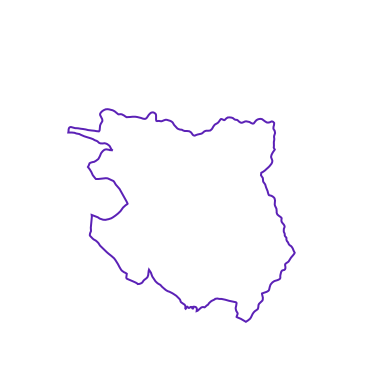 Meo Vac, Hà Giang, Vietnam, rotated 316°
{"feature_id": "81297802B2489932619372", "entity_name": "Meo Vac", "entity_type": "district", "adm_level": 2, "iso_a3": "VNM", "parent_name": "Vietnam", "parent_adm1": "Hà Giang", "projection": "albers", "projection_center": [105.434, 23.152], "detail": "fine", "context": "isolated", "style": "outline", "palette": "violet", "viewbox_px": 384, "rotation_deg": 316, "n_neighbors": 0, "source": "geoboundaries", "source_scale": "gbopen_adm2", "svg_char_len": 6062}
<svg xmlns="http://www.w3.org/2000/svg" viewBox="0 0 384 384"><g transform="rotate(316 192 192)"><path d="M281.0,219.0L281.6,216.9L282.9,215.8L285.6,212.9L287.4,211.6L288.3,210.7L289.1,209.6L289.9,208.8L292.7,207.3L293.4,206.3L294.1,205.1L294.3,203.6L294.8,202.7L296.1,201.6L297.2,201.0L298.5,200.0L299.1,199.3L299.1,197.9L298.7,197.0L298.2,196.5L296.2,195.8L294.9,194.9L294.1,193.9L293.6,192.0L293.0,188.3L292.2,187.1L291.1,186.2L289.8,185.5L288.3,185.1L286.5,185.2L284.5,185.5L283.9,185.5L283.1,184.9L282.4,183.3L282.0,181.6L280.0,178.7L278.9,178.0L277.4,177.5L276.1,176.9L275.4,176.2L275.1,175.6L274.7,173.8L274.7,172.4L274.5,171.5L273.3,170.0L273.0,169.2L272.8,167.4L272.2,166.1L271.1,164.7L269.6,163.3L268.0,162.9L265.6,162.9L265.0,162.6L264.0,160.1L263.4,159.6L262.8,159.6L260.2,160.1L258.7,160.2L257.2,159.9L255.8,159.5L255.0,159.4L253.0,159.7L250.3,160.5L248.4,160.5L247.8,160.4L246.2,159.2L244.8,157.8L243.1,157.0L241.3,156.9L240.0,156.8L239.0,156.4L235.9,154.5L234.4,153.8L233.2,153.4L232.8,153.0L232.4,152.1L232.3,151.4L232.7,148.8L232.6,147.8L232.2,146.4L230.9,144.8L229.1,143.0L228.4,141.7L227.9,140.1L226.7,138.7L225.9,137.1L225.6,136.1L225.7,131.4L226.4,128.5L226.2,127.0L225.7,125.6L223.9,122.4L223.0,121.6L221.3,120.8L220.2,120.4L219.2,119.9L218.6,119.3L217.6,117.9L216.1,116.7L215.8,116.1L215.9,115.8L216.5,114.9L219.3,112.0L220.0,111.0L220.0,109.3L219.6,108.1L218.7,107.1L217.5,106.5L216.1,106.4L214.4,106.5L211.2,107.2L210.1,107.2L209.2,106.9L208.6,106.4L207.7,105.2L206.7,103.2L204.6,99.9L203.5,98.5L201.8,96.8L199.4,94.9L196.9,92.7L196.5,91.2L196.3,89.9L195.5,87.5L194.9,86.6L193.9,85.8L193.0,85.0L192.9,84.5L192.4,80.2L191.7,78.1L189.7,74.9L188.8,73.8L187.4,72.6L185.6,71.9L183.8,71.5L181.9,71.5L180.5,71.8L179.8,72.3L179.3,73.0L178.0,77.2L177.2,78.3L176.6,78.8L173.7,79.6L172.1,80.3L168.6,83.3L168.0,83.6L167.1,83.7L165.5,81.8L164.3,80.1L162.5,78.0L160.3,75.3L159.0,73.2L157.3,70.9L155.9,69.2L154.2,66.9L152.3,64.9L150.2,61.4L149.6,60.8L148.7,60.5L147.9,60.6L146.8,61.2L145.4,62.5L144.3,63.3L147.0,65.9L148.6,67.8L149.4,69.5L151.2,72.0L151.7,73.5L153.2,77.1L154.6,79.7L156.5,83.1L157.5,85.2L158.0,87.1L158.9,89.0L159.2,89.9L159.3,92.1L159.9,93.4L161.3,94.9L163.0,96.2L163.8,97.5L164.3,98.7L164.6,100.6L164.7,101.4L164.5,102.5L163.7,105.0L163.7,106.1L163.8,107.0L162.9,105.7L162.0,104.8L161.6,104.0L160.1,101.9L159.3,101.3L158.3,100.8L156.3,100.6L154.4,100.8L153.4,101.0L150.7,102.2L148.9,102.8L147.5,103.2L144.4,102.8L142.5,102.3L141.7,101.7L139.9,100.7L138.8,100.3L138.2,100.2L135.9,101.3L134.5,101.7L134.2,104.5L133.5,107.6L132.3,111.0L131.9,115.0L131.9,115.9L133.8,117.7L139.6,122.2L140.8,123.6L143.1,129.5L143.1,130.2L142.9,131.3L142.3,133.7L142.0,139.5L138.3,153.5L137.6,155.6L137.2,155.8L135.0,155.4L131.6,155.3L127.2,156.1L123.9,156.1L120.7,155.8L117.6,155.3L115.6,154.8L113.1,153.6L112.2,153.0L110.5,152.0L108.8,150.2L107.1,146.9L106.7,144.8L103.9,138.8L102.8,140.2L94.4,147.4L92.5,149.6L92.1,150.0L90.0,150.9L88.8,151.8L88.4,152.2L88.2,153.0L88.2,156.7L88.4,158.1L89.0,160.0L89.2,161.9L89.2,163.8L88.6,166.7L88.9,176.0L89.1,178.3L89.6,182.0L89.9,185.6L89.6,187.9L88.7,192.2L87.6,196.0L87.0,198.6L86.9,199.8L87.3,202.2L88.0,204.1L88.3,205.5L85.3,207.9L84.9,208.7L85.0,209.4L87.4,215.1L88.6,218.1L89.1,220.0L89.0,220.5L90.3,221.6L91.7,222.2L92.6,222.5L93.8,222.5L95.5,222.1L96.8,222.1L99.4,222.4L100.9,222.3L102.7,221.4L106.1,218.6L107.1,218.0L106.4,221.5L105.2,224.1L104.7,225.3L103.7,230.9L103.8,233.4L104.1,234.9L104.5,236.1L104.7,237.1L104.6,239.4L105.0,244.0L105.3,245.3L105.8,246.8L106.5,248.1L107.6,251.3L108.2,253.9L108.6,255.8L108.7,260.0L108.6,261.0L108.4,261.7L107.9,262.5L107.6,263.4L107.6,264.1L107.9,265.3L108.1,266.7L108.4,267.6L108.3,268.5L108.1,269.2L107.7,269.8L107.2,270.4L106.6,270.8L106.3,271.1L106.3,271.6L107.3,271.5L107.9,271.1L108.4,271.0L108.8,271.1L109.0,271.3L109.0,272.8L109.1,273.1L109.8,273.6L110.5,273.6L111.1,273.7L111.5,274.0L111.7,274.3L111.7,274.8L111.4,276.0L111.5,276.3L111.7,276.5L112.2,276.4L112.6,275.6L112.9,275.3L113.3,275.5L114.0,276.2L114.7,277.2L114.8,277.9L114.7,278.7L114.2,279.6L112.6,280.9L113.5,281.3L118.2,281.5L118.9,281.7L119.6,282.1L120.2,282.6L120.8,283.6L121.2,283.8L124.0,283.9L125.4,284.2L126.7,283.8L128.5,283.8L130.2,283.9L133.6,285.0L134.5,285.0L136.2,286.2L137.4,287.9L139.0,289.5L141.1,292.6L143.0,295.9L147.0,301.8L147.0,302.1L146.9,302.9L144.8,304.5L142.9,305.7L142.3,306.4L141.3,308.1L140.6,310.9L140.1,311.4L137.6,312.6L137.3,312.8L137.4,313.4L139.0,317.1L140.6,322.8L143.2,323.3L145.8,323.5L147.5,323.1L150.7,321.9L152.5,321.5L154.2,321.4L157.6,321.9L158.3,321.8L159.7,320.9L161.3,319.5L162.6,319.0L165.6,319.0L167.2,319.0L168.1,318.6L169.6,317.2L171.3,314.3L171.7,313.7L171.9,313.6L176.4,315.7L178.0,316.1L178.8,316.1L179.5,315.9L182.0,314.3L184.1,313.2L185.6,313.0L187.1,312.9L189.4,313.3L191.9,314.6L193.3,315.2L194.7,315.5L195.3,315.4L195.9,315.1L196.7,314.2L197.8,313.2L200.5,311.5L201.4,311.2L202.2,311.1L202.8,311.3L204.3,312.2L205.3,312.2L206.4,311.6L207.5,310.3L208.2,309.2L208.7,308.8L209.2,308.6L210.6,308.7L212.1,309.0L213.2,309.1L217.6,308.0L220.8,307.7L222.8,307.4L223.7,307.0L224.3,304.9L225.1,303.0L225.5,301.6L225.7,299.9L225.4,298.7L225.3,297.5L225.4,296.7L226.1,294.8L226.2,293.3L226.5,292.5L227.0,291.6L228.0,290.7L228.2,289.8L228.2,288.7L228.4,288.0L228.6,287.6L229.3,286.9L229.8,286.2L230.4,284.4L231.1,283.6L232.5,282.3L234.1,281.6L234.8,281.0L235.1,280.3L235.4,279.2L235.5,277.3L235.8,275.7L236.2,275.0L236.8,274.3L238.3,273.1L238.4,271.8L237.9,269.1L237.8,267.4L238.2,266.4L238.5,265.7L239.5,264.7L241.1,262.7L242.2,259.5L242.8,258.5L244.2,257.2L245.8,255.8L246.9,254.0L247.1,253.0L246.9,251.2L246.4,249.7L245.5,248.3L245.2,247.8L245.2,247.4L245.5,246.6L246.3,245.0L246.9,244.1L248.5,240.1L249.9,237.4L250.4,234.0L252.6,231.2L252.8,230.5L252.9,229.5L253.3,227.8L255.2,226.3L257.4,226.9L259.7,227.2L261.4,227.2L263.3,227.3L265.5,227.3L268.7,226.9L270.1,226.4L271.1,225.7L271.6,225.2L271.9,224.6L272.8,222.5L273.1,221.9L273.6,221.4L275.1,220.5L276.2,220.1L277.8,219.6L281.0,219.0Z" fill="none" stroke="#5b21b6" stroke-width="2"/></g></svg>